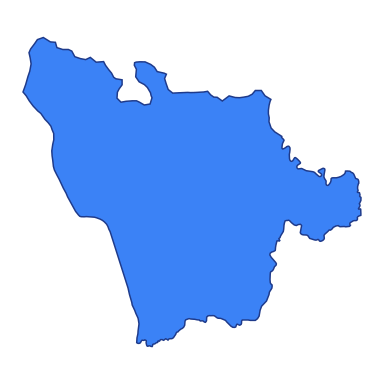 Nong, Savannakhét, Laos
{"feature_id": "54806243B35182777115371", "entity_name": "Nong", "entity_type": "district", "adm_level": 2, "iso_a3": "LAO", "parent_name": "Laos", "parent_adm1": "Savannakhét", "projection": "mercator", "projection_center": [106.609, 16.399], "detail": "fine", "context": "isolated", "style": "filled", "palette": "blue", "viewbox_px": 384, "rotation_deg": 0, "n_neighbors": 0, "source": "geoboundaries", "source_scale": "gbopen_adm2", "svg_char_len": 5982}
<svg xmlns="http://www.w3.org/2000/svg" viewBox="0 0 384 384"><path d="M281.8,136.4L274.8,131.9L271.1,128.0L269.0,121.8L269.2,117.8L268.4,113.9L268.4,110.3L269.1,105.2L270.0,101.6L270.9,99.4L265.0,95.8L261.3,90.5L255.3,90.5L252.2,94.2L248.2,96.3L243.9,97.1L239.5,97.7L235.2,97.5L229.1,95.9L222.3,101.0L217.2,97.3L213.8,97.1L210.7,94.9L207.6,91.3L203.6,92.0L194.6,92.5L190.7,92.6L187.7,92.4L172.7,93.1L168.2,89.5L166.1,83.5L164.6,78.5L166.4,74.2L164.3,73.2L157.2,71.6L154.4,67.2L150.7,64.4L145.1,61.9L139.9,61.8L136.2,62.1L134.6,62.7L134.3,65.2L136.4,69.3L135.7,76.8L139.1,81.8L144.4,84.6L147.4,87.5L150.5,92.8L151.1,95.6L152.0,97.8L150.1,104.0L144.3,105.0L139.3,102.1L136.5,100.8L132.5,100.8L126.0,101.3L121.0,102.2L117.0,98.2L117.4,92.2L119.2,88.8L122.1,84.8L122.1,79.8L115.9,78.8L113.7,77.3L111.6,73.2L108.5,69.4L105.5,65.3L103.6,61.6L96.2,62.2L90.3,57.4L85.7,59.6L80.4,58.6L74.8,56.7L71.8,51.1L68.4,49.5L62.8,49.5L56.9,47.6L55.4,42.3L50.4,41.9L43.3,37.5L37.4,39.6L34.6,43.7L30.6,49.0L29.0,52.7L30.2,58.0L31.1,63.9L29.8,71.1L27.9,76.7L25.7,84.5L23.0,92.0L26.2,95.8L29.3,100.9L33.2,106.1L37.7,110.9L40.8,113.4L44.9,119.3L48.1,122.6L50.9,126.2L52.1,129.7L53.7,133.5L53.8,139.7L52.7,144.5L51.8,150.8L52.1,155.8L52.8,160.7L53.4,166.4L54.4,170.0L56.8,174.8L59.1,179.1L63.4,188.3L66.1,193.2L67.6,196.8L75.6,211.4L78.4,214.9L79.8,216.3L81.1,216.7L84.1,216.8L86.4,216.6L94.5,217.2L96.6,217.8L100.1,219.1L102.5,220.4L104.4,221.9L106.6,224.2L107.9,226.5L108.9,229.3L110.1,231.6L128.0,287.9L129.5,294.6L131.8,302.5L132.2,305.0L134.7,310.3L135.9,313.5L137.9,317.8L138.2,318.8L139.0,323.9L138.1,330.7L137.9,333.8L137.0,337.8L136.7,342.7L138.0,343.4L139.1,343.4L140.1,343.0L140.5,342.6L141.4,340.9L142.1,340.2L143.8,340.4L144.2,340.3L144.7,339.9L145.6,340.2L146.2,340.6L146.3,341.3L146.1,342.8L146.5,344.6L146.7,345.3L147.3,346.2L148.1,346.2L148.6,345.9L149.3,345.8L150.0,345.9L150.9,346.4L151.9,346.5L152.2,346.5L152.6,345.7L152.6,345.3L152.7,344.6L153.0,344.3L153.4,344.1L154.3,344.0L154.9,343.8L156.5,342.6L157.1,342.6L157.6,342.4L157.8,342.0L157.7,341.4L157.9,341.2L158.5,340.9L159.1,341.2L159.6,341.0L160.3,339.9L160.7,339.6L162.2,339.6L162.5,339.7L162.9,340.0L163.3,340.3L163.8,340.2L165.6,338.8L166.9,339.3L168.0,340.1L168.9,339.0L169.6,338.7L171.5,338.7L172.3,338.5L173.3,337.8L173.8,337.2L174.7,335.8L175.7,334.4L176.0,333.3L176.8,332.2L178.0,331.8L178.7,330.9L180.2,329.6L181.4,328.8L182.0,328.6L183.6,327.3L184.7,325.2L185.0,321.3L185.6,319.9L187.3,319.2L189.1,318.6L190.7,319.0L194.8,319.3L197.1,319.8L199.3,320.0L199.8,320.6L200.6,321.0L202.1,320.8L203.1,321.0L204.3,322.0L205.4,322.3L205.9,321.8L206.5,320.8L206.7,317.1L208.0,315.9L209.3,315.6L210.8,315.7L213.1,315.6L214.4,315.8L216.9,317.7L218.0,318.2L220.8,318.4L223.7,319.6L225.5,320.4L226.7,321.9L231.0,326.2L232.8,327.3L234.6,327.4L235.7,327.0L236.7,324.4L237.5,324.2L238.6,324.8L239.8,325.2L241.1,324.4L241.5,323.4L241.6,321.0L242.3,320.0L248.2,320.0L250.4,320.4L255.3,320.4L257.5,318.7L259.1,316.1L260.1,310.3L261.6,306.2L266.5,301.0L269.0,294.6L269.4,292.1L271.8,288.3L272.1,286.7L272.1,285.0L271.0,284.0L270.3,282.8L270.0,279.6L270.2,274.6L270.4,272.5L270.9,271.7L272.0,271.1L272.7,270.5L273.4,269.4L274.5,266.7L276.0,265.3L276.4,263.9L275.8,262.6L271.2,257.3L269.8,254.9L270.2,253.2L271.6,252.1L273.7,251.4L275.2,250.5L275.4,249.4L275.5,247.6L275.9,245.2L276.9,241.0L278.0,240.8L279.4,241.0L279.8,240.5L279.2,239.5L278.9,238.6L280.0,237.6L280.6,235.9L283.3,231.5L283.7,229.2L284.0,225.1L284.4,223.1L285.1,220.9L286.3,220.5L287.2,220.5L288.5,220.2L289.5,220.6L291.5,222.7L293.9,224.7L295.0,225.2L296.4,225.5L298.1,224.6L300.4,224.3L301.1,224.9L301.6,225.6L300.3,232.5L300.7,233.6L302.1,234.6L303.7,234.9L306.5,235.0L307.8,235.6L309.7,238.4L314.5,239.9L315.6,240.1L316.7,240.0L318.0,239.4L318.8,239.9L319.5,241.0L320.3,241.3L321.3,241.1L322.7,240.5L323.9,239.4L324.3,238.3L324.0,235.5L324.2,235.0L324.7,234.3L327.9,231.4L329.2,230.0L330.6,230.1L332.2,228.8L333.3,227.3L334.0,227.0L335.9,226.0L337.7,225.7L338.2,225.6L339.3,226.4L340.1,226.7L344.2,226.5L345.7,226.8L349.4,226.4L350.1,225.8L350.4,225.3L350.1,225.2L349.9,224.7L349.8,223.8L349.9,223.2L350.5,222.5L353.3,220.8L354.4,220.6L355.9,220.6L356.6,220.4L357.1,220.0L357.4,219.4L357.5,218.8L357.3,217.9L357.4,217.3L357.8,216.7L359.3,215.8L360.8,215.4L360.9,214.1L360.7,209.2L360.3,208.9L358.9,209.2L358.6,209.0L358.5,208.5L359.8,206.3L360.0,205.5L359.9,204.9L359.3,203.7L359.9,202.7L360.9,200.5L361.0,197.6L360.7,197.1L360.1,196.8L359.7,196.2L359.7,195.9L360.0,194.9L359.5,192.8L359.3,192.6L358.0,192.5L357.5,192.3L357.4,191.9L358.1,190.3L357.6,188.9L357.6,186.7L358.4,183.7L358.8,183.2L358.7,181.2L358.2,179.7L357.7,179.2L355.6,178.4L354.0,174.6L353.4,173.6L352.5,172.8L351.5,172.5L350.4,171.5L349.7,171.2L347.3,171.0L345.5,171.1L345.3,172.5L344.7,173.7L343.8,174.6L341.1,176.4L338.5,177.3L336.3,177.8L332.8,177.8L331.6,178.1L331.1,178.7L331.0,180.7L330.5,182.3L329.5,183.9L328.3,185.2L327.9,185.4L327.4,185.4L326.9,185.2L326.5,185.0L326.0,183.7L326.0,183.0L326.1,181.7L326.0,180.8L324.7,178.8L324.1,177.5L323.9,176.3L324.1,174.6L324.9,170.0L324.8,169.4L324.6,168.8L324.0,168.5L323.4,168.3L322.7,168.4L319.3,170.1L318.6,170.5L318.3,171.0L318.3,171.4L318.5,171.8L321.0,173.7L321.4,174.1L321.6,174.6L321.6,175.2L321.0,176.1L320.5,176.4L319.8,176.6L319.3,176.5L318.7,176.2L315.5,173.4L314.6,172.4L312.9,171.7L306.2,170.7L302.1,168.7L301.5,168.5L298.3,168.9L297.7,168.7L297.3,168.3L296.9,167.5L296.8,166.7L297.2,165.7L297.7,165.1L300.2,163.4L300.4,163.0L300.4,162.5L299.6,161.4L297.5,159.2L295.9,157.9L295.4,157.6L294.7,157.7L294.1,158.5L292.8,160.7L292.3,161.0L291.7,161.3L291.3,161.3L290.9,161.2L290.3,160.7L289.8,159.9L289.5,158.7L289.3,154.4L289.7,152.4L290.0,149.8L290.0,148.3L289.9,147.7L289.1,146.5L288.6,146.2L288.0,146.2L286.6,146.7L285.8,147.5L283.7,148.7L282.8,148.9L282.5,148.9L282.2,148.6L282.0,148.2L282.0,147.0L282.2,145.4L282.5,143.6L284.0,140.4L283.8,139.7L281.7,137.5L281.6,136.9L281.8,136.4Z" fill="#3b82f6" stroke="#1e3a8a" stroke-width="1.5"/></svg>